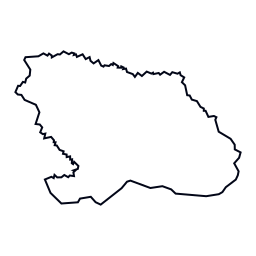 outline of Bamnet Narong, Chaiyaphum, Thailand
{"feature_id": "78962969B89125519314325", "entity_name": "Bamnet Narong", "entity_type": "district", "adm_level": 2, "iso_a3": "THA", "parent_name": "Thailand", "parent_adm1": "Chaiyaphum", "projection": "albers", "projection_center": [101.624, 15.47], "detail": "medium", "context": "isolated", "style": "outline", "palette": "ink", "viewbox_px": 256, "rotation_deg": 0, "n_neighbors": 0, "source": "geoboundaries", "source_scale": "gbopen_adm2", "svg_char_len": 1774}
<svg xmlns="http://www.w3.org/2000/svg" viewBox="0 0 256 256"><path d="M184.2,77.4L180.6,75.2L179.8,72.4L177.5,73.7L172.3,72.2L170.0,74.9L164.1,71.8L160.1,74.7L158.7,73.0L153.4,74.1L153.0,72.7L151.4,73.6L146.7,71.6L141.9,76.0L137.8,72.9L134.9,76.9L132.8,74.1L127.0,72.0L126.0,68.6L123.1,69.1L123.6,67.5L121.3,66.4L121.1,67.7L117.7,67.6L118.1,66.1L113.4,63.0L112.8,65.0L111.2,64.1L109.0,66.0L104.5,65.3L103.5,66.6L101.2,65.6L98.4,60.1L93.6,63.4L90.5,60.8L89.6,57.1L85.7,59.1L82.6,54.3L76.9,56.9L76.0,54.4L73.8,55.0L74.3,53.4L71.7,52.6L68.9,54.2L63.5,51.4L59.9,54.5L57.6,54.2L51.8,57.4L51.7,55.5L49.0,53.6L47.5,55.6L43.4,53.4L38.4,56.3L25.5,57.2L24.2,60.0L30.3,69.6L29.7,75.6L26.2,78.6L25.2,82.5L22.9,81.9L20.1,86.0L18.1,85.8L15.4,92.1L17.8,94.5L21.4,94.9L24.6,99.9L35.9,104.8L39.4,112.3L35.6,124.0L39.8,124.5L42.2,127.4L40.2,132.3L42.8,134.1L45.3,133.6L44.2,138.4L51.1,136.9L54.0,140.3L53.7,142.2L55.5,142.3L54.7,145.2L56.8,145.5L59.6,149.9L63.6,151.3L63.0,153.8L66.6,154.5L66.7,157.1L70.1,156.4L70.2,159.6L72.1,159.3L71.8,163.2L73.1,164.1L74.1,161.8L78.4,166.0L77.8,168.9L73.8,170.3L75.1,170.7L73.4,172.3L74.0,176.1L69.8,175.5L68.2,177.2L64.3,175.0L61.4,177.3L57.2,177.4L54.5,174.9L53.7,178.1L51.4,176.8L44.9,179.5L50.5,192.9L61.4,203.5L77.9,202.3L80.0,198.6L90.8,196.8L95.6,202.2L100.7,204.6L121.6,188.2L127.0,181.7L130.4,180.6L150.4,188.0L162.4,186.2L171.2,189.4L175.6,193.6L206.2,196.2L218.8,194.2L222.4,192.1L225.8,187.2L235.8,179.6L237.8,175.3L238.6,171.3L234.2,163.3L239.1,157.8L240.6,152.4L234.8,149.4L234.7,144.7L230.6,138.8L218.7,131.7L215.3,119.8L216.4,117.2L213.9,116.0L208.4,116.9L205.6,110.8L203.8,110.8L203.8,108.5L200.5,106.9L196.9,101.1L191.8,99.6L189.7,95.5L187.2,95.2L185.1,85.3L181.9,82.2L184.2,77.4Z" fill="none" stroke="#020617" stroke-width="2"/></svg>